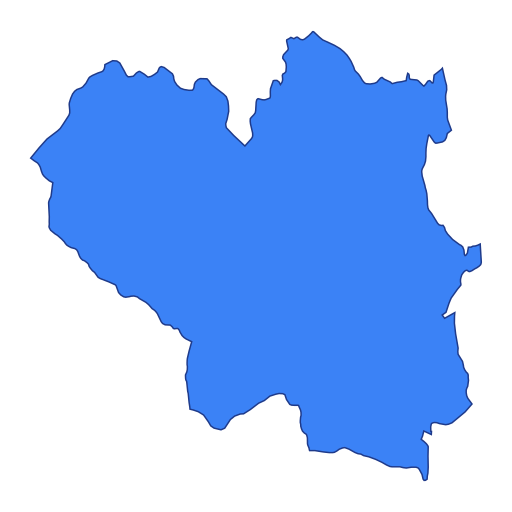 outline of Song Cong, Thái Nguyên, Vietnam
{"feature_id": "81297802B66276855595229", "entity_name": "Song Cong", "entity_type": "district", "adm_level": 2, "iso_a3": "VNM", "parent_name": "Vietnam", "parent_adm1": "Thái Nguyên", "projection": "equal_earth", "projection_center": [105.825, 21.486], "detail": "fine", "context": "isolated", "style": "filled", "palette": "blue", "viewbox_px": 512, "rotation_deg": 0, "n_neighbors": 0, "source": "geoboundaries", "source_scale": "gbopen_adm2", "svg_char_len": 5909}
<svg xmlns="http://www.w3.org/2000/svg" viewBox="0 0 512 512"><path d="M480.2,244.0L478.0,245.1L475.3,246.0L472.8,246.2L471.1,247.1L468.4,247.2L467.4,253.1L466.0,255.1L465.1,255.6L464.4,254.5L463.9,250.0L462.7,246.9L460.8,245.2L459.6,244.7L452.6,239.5L447.6,234.1L445.4,230.7L444.5,227.5L443.0,225.3L441.6,225.5L439.2,224.9L437.6,223.3L431.7,213.7L428.7,209.9L427.9,207.8L427.5,204.7L427.4,200.8L426.8,193.8L426.1,190.3L425.3,187.8L424.9,185.5L422.2,176.1L421.7,171.9L421.8,170.4L422.3,168.7L424.4,164.6L425.5,161.1L425.9,156.8L425.9,152.9L426.1,148.4L426.8,143.6L428.4,135.5L428.7,135.1L429.1,135.1L429.7,135.4L434.1,141.9L435.4,143.1L436.9,143.1L442.5,141.9L444.8,140.4L446.3,137.7L447.3,133.5L451.4,130.2L447.7,120.1L447.3,117.4L447.3,112.6L447.1,108.9L445.7,100.2L445.6,96.4L445.8,94.1L446.7,89.8L446.5,85.4L445.0,79.9L442.4,68.2L441.3,69.4L434.1,75.1L433.3,82.0L432.8,83.0L431.9,82.8L430.3,81.0L429.4,80.6L427.8,81.2L425.6,84.3L423.9,86.1L422.8,85.3L418.3,80.8L416.9,80.0L410.1,79.3L409.3,77.9L409.2,75.3L408.7,74.0L407.7,73.3L406.7,77.2L406.2,80.6L401.6,81.7L397.1,82.3L392.4,83.6L391.8,83.4L390.3,82.0L384.4,79.3L382.0,77.4L380.6,78.0L376.8,82.3L374.5,83.3L370.1,84.0L366.1,83.7L364.5,82.9L362.4,80.4L360.2,76.6L358.4,74.1L355.4,71.1L354.6,69.9L353.7,67.1L351.1,61.4L349.3,58.4L347.0,55.1L343.7,51.7L340.1,48.7L334.4,45.3L322.7,39.9L319.4,37.2L313.8,31.9L313.0,31.6L312.6,31.7L312.2,32.1L311.5,33.0L308.8,35.7L304.4,39.2L302.7,39.8L300.5,39.4L297.6,37.3L297.0,37.1L296.0,37.4L293.9,38.7L290.9,37.4L289.1,38.6L286.8,39.8L286.6,40.9L288.3,48.7L287.8,50.1L283.6,54.6L282.8,56.8L282.8,58.4L285.5,62.1L286.1,64.1L286.3,67.0L285.9,71.7L284.5,73.2L282.9,74.0L282.3,75.4L282.6,78.5L282.6,80.3L282.0,82.3L280.4,84.6L279.1,82.0L276.9,80.4L274.8,80.4L273.3,80.7L270.5,88.7L270.3,91.8L270.4,96.1L270.2,97.3L269.8,98.1L265.8,99.6L264.2,99.9L262.2,99.7L258.2,98.7L257.6,98.9L256.7,99.9L256.2,102.1L255.7,110.3L255.3,112.7L253.9,114.7L251.4,117.3L250.3,118.7L250.2,121.2L250.5,123.9L252.6,133.0L252.7,135.5L252.4,137.1L251.4,138.7L244.9,146.0L233.8,135.6L226.4,127.8L225.9,125.8L225.7,123.7L227.1,119.3L228.7,111.3L228.5,106.0L227.9,101.1L226.3,96.8L223.6,94.1L211.4,84.7L208.7,80.7L207.0,78.8L200.2,78.6L198.0,79.6L195.4,82.1L194.4,84.3L194.0,87.3L193.5,88.8L192.5,90.2L189.0,90.3L184.0,89.5L180.4,88.2L176.9,85.0L174.6,81.5L173.8,78.9L173.5,76.2L172.4,73.8L164.2,67.5L161.3,66.6L160.0,67.2L159.2,68.1L157.5,72.1L154.5,74.4L151.1,76.4L147.9,77.1L144.3,74.2L139.7,71.4L138.6,71.6L136.4,73.0L133.4,76.2L130.0,76.7L128.1,76.8L126.4,75.2L124.3,71.1L119.8,63.0L116.8,61.0L112.7,60.7L104.9,64.6L104.7,66.9L104.1,69.2L103.0,70.9L101.8,71.7L97.9,73.0L92.5,75.4L89.8,77.0L88.8,78.1L86.0,83.2L82.7,87.0L80.8,88.1L76.9,89.5L74.6,91.3L72.6,94.0L70.7,98.4L69.3,103.0L69.2,104.7L69.7,110.1L69.7,113.0L68.9,115.3L62.8,124.7L60.2,128.5L57.6,130.9L47.0,139.0L39.2,147.7L30.7,158.1L34.1,160.7L37.5,162.9L38.8,164.5L40.2,167.0L41.5,171.4L42.5,174.0L43.7,175.8L45.8,177.9L49.3,180.8L52.8,182.6L51.1,195.9L50.7,197.3L49.8,198.9L48.9,201.3L48.6,202.8L49.3,216.8L49.2,221.9L49.3,224.1L49.0,226.8L49.4,228.0L50.7,230.3L54.8,233.7L57.5,235.4L61.8,239.2L64.3,241.8L65.4,243.5L66.8,245.1L68.6,246.3L71.1,247.6L74.9,248.6L76.6,249.7L77.8,251.6L79.4,255.9L80.1,257.3L80.9,258.5L82.6,260.1L84.4,260.7L87.2,262.8L88.5,264.2L89.2,266.5L90.5,268.4L92.4,270.7L94.6,272.4L98.1,277.3L100.3,278.6L108.9,281.9L115.5,284.9L116.1,285.7L118.6,292.6L120.8,295.0L123.7,296.8L125.7,297.2L129.7,296.6L131.0,296.2L134.0,296.0L137.4,296.9L139.6,298.7L145.9,302.3L148.7,304.7L152.1,308.6L154.7,310.4L156.4,312.3L157.4,313.7L161.2,321.7L162.6,323.5L165.1,324.8L170.3,325.1L172.2,326.8L173.3,328.4L174.2,328.8L176.7,328.5L177.6,328.5L178.2,328.8L179.4,330.4L179.9,331.9L182.1,335.6L184.0,337.5L186.0,338.9L191.7,341.7L189.1,351.1L187.4,358.3L187.2,360.0L187.1,362.6L187.1,364.6L187.4,366.6L187.3,369.6L186.8,372.0L185.5,374.9L185.5,376.0L185.6,378.4L185.9,380.0L186.6,381.3L186.8,382.5L187.7,391.3L188.2,393.4L189.1,402.4L189.8,407.0L190.0,409.2L193.3,410.0L198.3,411.7L203.6,415.0L208.4,421.8L210.8,425.9L214.0,428.1L221.0,429.8L224.7,428.2L230.4,419.5L234.6,416.1L240.2,414.0L243.6,413.8L250.4,409.5L258.6,403.2L264.4,400.5L269.9,396.1L275.8,394.2L279.1,393.5L282.8,393.7L284.9,394.7L286.5,399.5L289.8,404.4L291.5,405.1L294.3,405.3L297.9,405.3L298.4,405.4L298.8,406.0L299.1,406.9L300.5,410.0L301.0,412.2L301.1,415.2L300.6,417.2L300.3,420.7L300.3,422.6L300.7,424.2L300.8,426.3L301.5,428.8L302.5,431.1L304.4,433.1L305.8,433.9L306.5,434.7L306.8,435.4L307.4,437.8L307.5,443.8L307.8,445.1L309.0,448.0L309.4,450.0L309.6,450.6L315.0,450.6L323.1,451.9L329.4,452.6L332.6,452.6L334.4,452.3L336.8,451.0L339.3,449.2L342.7,447.9L344.8,447.6L348.9,449.1L355.0,452.5L358.0,453.7L360.9,454.1L363.6,455.6L368.8,456.8L375.8,459.4L381.7,462.2L386.6,465.0L390.0,466.5L392.1,466.8L400.0,466.8L403.1,467.6L406.3,468.0L411.5,467.2L415.9,467.2L417.9,467.8L419.2,469.2L422.0,474.4L423.1,479.1L424.1,480.4L425.5,480.3L427.1,479.2L427.3,476.1L427.9,473.1L428.2,467.2L428.0,456.1L428.2,446.7L427.8,445.7L426.4,443.8L424.3,441.8L421.2,439.3L422.5,436.2L423.8,431.0L431.3,434.5L431.5,431.4L430.8,431.3L430.7,426.8L431.3,423.9L432.0,423.2L433.3,422.7L434.6,422.5L436.9,422.7L439.5,423.6L445.7,424.7L448.5,424.2L452.0,422.8L465.1,411.9L472.0,404.0L467.8,398.3L466.7,395.7L466.2,392.7L466.2,390.1L466.9,387.9L467.7,386.3L468.5,380.4L468.2,377.6L468.2,375.0L467.6,373.4L466.3,372.2L464.7,369.8L463.6,367.2L463.4,365.4L462.5,361.4L458.1,354.3L457.8,351.5L458.1,348.1L455.6,333.8L454.4,323.2L454.5,316.2L454.8,312.6L444.6,318.3L442.2,315.0L446.0,312.3L448.9,303.5L450.1,300.5L451.2,298.0L457.4,289.3L460.8,285.2L460.9,284.2L460.5,281.9L460.5,279.5L460.8,277.9L461.8,274.7L463.4,272.5L464.6,271.2L466.2,270.3L467.1,270.3L468.6,271.4L469.7,271.6L471.9,270.7L474.8,268.8L476.8,267.8L479.1,266.2L480.7,264.6L481.1,263.3L481.3,262.2L480.2,244.0Z" fill="#3b82f6" stroke="#1e3a8a" stroke-width="1.5"/></svg>